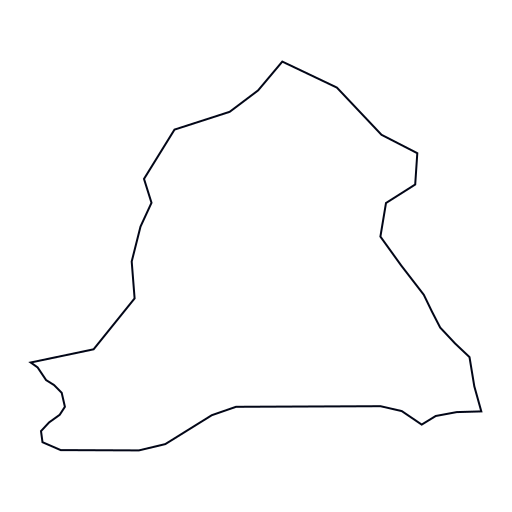 Peravia, Robinson projection
{"feature_id": "DOM-1977", "entity_name": "Peravia", "entity_type": "Province", "adm_level": 1, "iso_a3": "DOM", "parent_name": "Dominican Republic", "parent_adm1": "", "projection": "robinson", "projection_center": [-70.38, 18.354], "detail": "fine", "context": "isolated", "style": "outline", "palette": "ink", "viewbox_px": 512, "rotation_deg": 0, "n_neighbors": 0, "source": "natural_earth", "source_scale": "10m", "svg_char_len": 652}
<svg xmlns="http://www.w3.org/2000/svg" viewBox="0 0 512 512"><path d="M481.3,411.4L456.7,412.1L435.7,416.0L421.7,424.6L401.8,411.1L380.5,406.2L236.0,406.8L211.8,415.2L165.3,444.1L138.9,450.4L60.7,450.1L42.5,442.2L41.0,431.1L49.1,422.4L59.7,414.8L64.9,406.8L61.7,392.8L54.1,385.1L46.1,380.1L37.6,367.4L30.7,362.5L93.6,349.3L134.6,298.4L131.7,261.5L140.5,226.6L151.5,202.8L144.0,178.9L174.5,129.6L229.7,111.8L258.1,90.4L282.3,61.6L336.9,87.6L381.5,134.8L417.3,153.2L415.2,184.5L386.0,203.0L380.4,236.6L401.2,265.5L423.8,294.8L431.8,311.3L440.2,327.6L455.0,343.4L469.5,357.1L474.3,386.3L481.3,411.4Z" fill="none" stroke="#020617" stroke-width="2"/></svg>